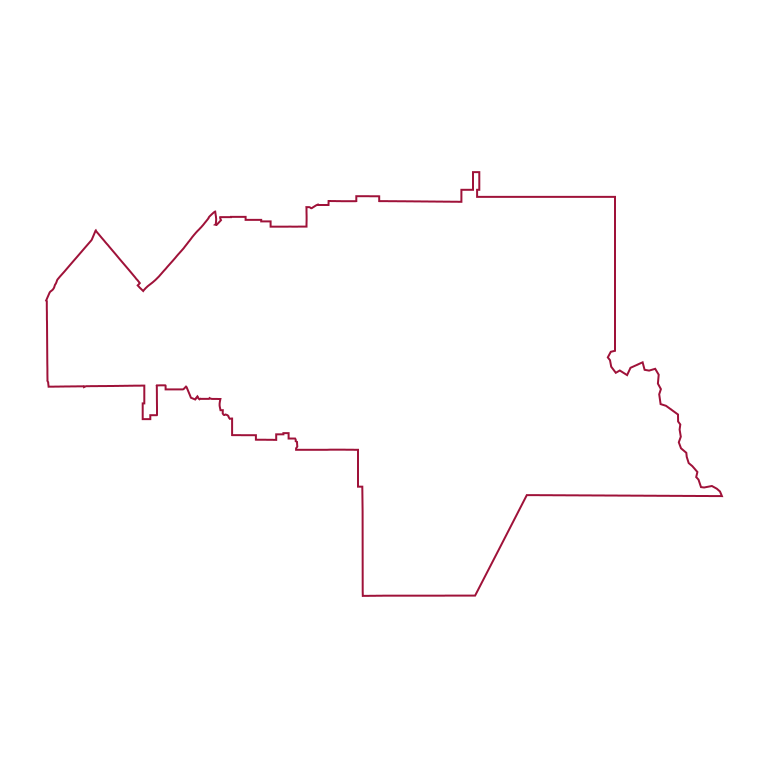 Armadale, Western Australia, Australia (Equal Earth projection)
{"feature_id": "25037944B45600387855719", "entity_name": "Armadale", "entity_type": "district", "adm_level": 2, "iso_a3": "AUS", "parent_name": "Australia", "parent_adm1": "Western Australia", "projection": "equal_earth", "projection_center": [116.021, -32.179], "detail": "fine", "context": "isolated", "style": "outline", "palette": "rose", "viewbox_px": 768, "rotation_deg": 0, "n_neighbors": 0, "source": "geoboundaries", "source_scale": "gbopen_adm2", "svg_char_len": 5753}
<svg xmlns="http://www.w3.org/2000/svg" viewBox="0 0 768 768"><path d="M48.6,386.7L57.1,386.6L64.2,386.5L82.7,386.3L82.9,386.3L83.2,386.3L83.4,386.2L83.8,386.2L83.9,386.6L84.0,387.1L85.5,386.4L85.8,386.3L86.2,386.2L86.4,386.2L97.7,386.1L111.8,386.0L133.3,385.7L144.3,385.6L144.3,389.2L144.3,389.8L144.3,403.4L142.7,403.4L142.7,419.1L150.3,419.1L150.3,415.2L156.8,415.2L157.0,415.0L157.0,408.7L157.0,407.4L156.9,398.6L156.9,393.8L156.8,386.0L156.8,385.9L156.8,385.7L156.7,385.6L156.8,385.4L165.1,385.3L165.3,385.4L165.4,385.6L165.5,385.6L165.6,385.8L165.6,386.0L165.6,387.7L165.6,389.4L168.6,389.4L174.3,389.4L175.4,389.4L179.5,389.4L182.7,389.4L183.0,389.3L183.5,389.2L186.0,386.6L186.2,386.8L186.6,387.2L190.0,395.4L190.9,397.7L195.2,399.5L196.3,398.2L196.1,398.0L197.4,396.4L197.6,396.7L197.9,397.0L198.0,397.7L198.4,398.2L198.8,398.7L199.2,399.1L199.5,399.3L199.6,399.2L199.9,399.0L200.2,398.8L200.3,398.9L201.2,398.9L205.6,398.9L209.0,398.9L209.4,398.7L209.6,398.1L210.0,398.3L210.4,398.6L210.6,398.6L211.0,398.7L211.5,398.9L212.0,398.9L220.4,399.0L219.9,401.5L219.7,402.9L219.7,403.1L219.6,403.7L219.6,403.9L219.6,404.3L219.6,404.7L219.6,405.2L219.6,405.6L219.7,406.0L219.7,406.4L219.8,406.8L220.5,410.2L222.8,410.2L222.7,413.2L222.7,413.4L223.0,413.9L223.4,414.5L223.7,414.8L224.1,415.0L224.5,415.0L225.2,414.6L225.5,414.5L226.4,414.8L227.0,415.0L227.6,415.3L228.0,415.8L228.3,416.0L228.5,416.4L228.8,417.4L229.0,417.8L229.5,418.3L229.8,418.8L230.6,418.7L231.3,418.5L231.7,418.5L232.1,418.5L232.1,423.6L232.1,435.1L245.5,435.2L255.9,435.2L255.9,439.7L271.5,439.8L276.2,439.9L276.2,434.3L283.4,434.3L283.4,433.1L288.6,433.1L288.6,438.5L295.1,438.5L295.7,439.6L295.7,441.2L297.0,441.9L297.1,444.0L297.3,446.6L296.1,448.3L296.1,449.8L297.2,449.8L309.3,449.8L326.8,449.8L329.4,449.7L345.5,449.7L358.0,449.8L358.0,486.7L362.3,486.7L362.6,511.5L362.7,591.3L362.8,595.9L382.5,595.7L474.9,595.6L475.1,595.6L499.7,547.9L526.8,495.1L721.9,496.1L720.0,491.5L716.8,488.7L711.9,486.0L704.1,487.5L701.0,487.1L698.5,479.6L696.2,477.1L697.4,472.0L692.3,466.1L688.7,463.1L686.9,457.4L686.7,456.8L686.7,456.5L686.3,452.8L681.0,448.3L678.8,442.3L680.8,436.7L679.6,429.6L680.3,424.5L678.1,421.5L678.0,414.5L666.0,405.8L660.6,404.1L659.2,394.3L660.9,389.1L657.9,383.6L658.7,374.7L655.2,368.8L649.1,370.6L644.6,369.8L642.6,362.3L630.5,367.8L627.1,375.1L619.8,370.5L615.8,372.8L611.2,366.7L610.0,360.2L607.8,357.4L610.8,351.8L615.0,350.8L615.0,301.9L615.0,288.9L615.0,255.8L615.0,196.9L477.1,196.9L477.1,189.8L479.3,189.8L479.3,172.1L473.0,172.1L473.0,189.8L461.4,189.8L461.4,201.8L406.2,201.3L379.2,201.1L379.2,196.3L364.5,196.2L359.9,196.2L359.3,196.2L356.3,196.2L356.3,198.7L356.3,201.1L355.4,201.2L349.8,201.2L343.3,201.2L328.6,201.0L328.5,205.0L317.6,205.0L317.6,204.7L316.9,205.0L316.6,205.1L316.2,205.3L315.7,205.6L312.1,207.9L312.0,208.0L311.8,208.1L311.6,208.2L311.3,208.2L311.1,208.2L310.1,207.5L310.0,207.4L309.7,207.3L309.4,207.2L309.1,207.1L308.8,207.1L306.5,207.1L306.4,207.1L306.5,208.3L306.5,211.5L306.6,216.4L306.6,217.5L306.6,219.8L306.5,224.4L306.5,226.6L303.9,226.6L299.8,226.6L294.1,226.7L290.2,226.6L284.7,226.7L279.6,226.7L275.2,226.7L272.9,226.7L270.6,226.7L270.6,221.4L268.3,221.4L261.2,221.4L261.2,219.9L246.7,219.9L245.6,219.9L245.6,216.9L238.6,216.9L231.0,216.9L231.0,217.1L230.8,217.1L220.4,217.1L220.2,217.1L220.1,217.7L220.3,218.3L220.3,218.6L220.8,219.8L221.0,220.2L216.5,225.0L216.4,225.0L216.1,224.9L215.3,224.7L215.6,224.5L215.8,223.6L216.0,222.0L216.1,221.0L216.1,220.4L216.2,219.1L216.1,218.2L216.0,217.6L216.0,216.9L215.7,215.1L215.4,213.0L215.2,211.6L214.8,211.7L213.6,212.6L211.0,215.0L209.5,216.5L209.0,217.1L208.6,217.7L208.6,218.1L208.2,218.7L207.8,219.1L207.3,219.8L206.8,220.4L206.4,220.9L206.0,221.4L205.8,221.7L205.5,222.0L205.0,222.6L204.0,223.9L203.1,225.0L202.6,225.6L202.2,226.0L201.8,226.5L201.1,227.3L200.7,227.7L200.3,228.1L199.9,228.5L199.5,229.0L198.1,230.4L197.7,230.8L197.0,231.5L196.5,232.1L195.9,232.7L195.5,233.2L195.0,233.8L194.2,234.7L193.7,235.3L193.3,235.8L192.8,236.4L192.3,237.0L190.6,239.3L190.1,239.9L189.4,240.9L188.6,241.8L187.8,242.9L186.0,245.2L184.5,247.1L184.1,247.7L183.1,248.9L181.6,250.6L178.2,254.4L176.4,256.5L175.6,257.5L174.4,258.9L173.5,259.9L173.1,260.4L170.5,263.3L167.3,266.9L165.8,268.7L164.8,269.8L163.6,271.1L161.0,274.1L160.1,275.1L159.1,276.3L158.3,277.1L156.6,278.8L156.2,279.2L155.5,279.9L154.7,280.6L152.5,282.5L149.4,284.9L148.5,285.6L148.0,286.0L147.6,286.3L147.0,286.9L146.5,287.4L145.8,288.0L144.8,289.1L144.3,289.6L143.7,290.3L143.2,291.0L139.8,287.7L137.7,285.4L138.7,284.4L139.8,283.1L139.1,282.2L137.7,280.4L136.3,278.9L136.1,278.7L135.9,278.4L135.6,278.0L135.4,277.7L128.8,269.8L125.9,266.4L119.5,258.9L115.6,254.2L112.7,250.8L108.9,246.3L108.3,245.5L106.5,243.5L104.7,241.4L104.6,241.2L101.5,237.6L99.5,235.2L98.2,233.6L97.5,232.9L97.4,232.7L97.2,232.4L96.7,231.9L96.5,231.6L96.4,231.5L96.3,231.4L96.2,231.2L96.0,230.8L95.9,230.6L95.8,230.4L95.6,230.6L94.9,232.3L91.9,239.4L91.7,239.8L91.5,240.1L91.2,240.5L84.7,248.0L76.7,257.3L73.3,261.2L70.2,264.8L64.3,271.7L60.0,276.5L58.0,278.9L57.8,279.1L57.7,279.3L57.5,279.5L57.3,279.8L57.1,280.3L56.9,280.8L56.4,282.3L56.0,283.2L55.6,284.0L55.4,284.2L55.1,284.6L54.9,285.1L54.8,285.4L54.7,285.7L54.6,286.0L54.3,286.9L54.3,287.0L54.2,287.2L54.1,287.6L53.8,288.1L53.6,288.4L53.5,288.6L53.1,289.2L52.7,289.7L52.4,290.0L52.1,290.2L51.8,290.5L50.9,291.2L50.7,291.3L50.4,291.6L50.1,291.9L49.8,292.3L49.6,292.6L49.5,292.8L49.4,293.1L49.3,293.3L46.1,300.6L46.8,301.1L46.8,302.0L46.8,308.5L46.8,308.9L46.9,312.1L46.9,315.2L46.9,319.4L47.0,321.7L47.3,362.8L47.3,363.2L47.4,368.8L47.4,373.9L47.5,380.6L47.4,380.8L47.9,381.8L48.1,382.1L48.2,382.5L48.2,382.8L48.2,383.0L48.6,386.7Z" fill="none" stroke="#9f1239" stroke-width="2"/></svg>